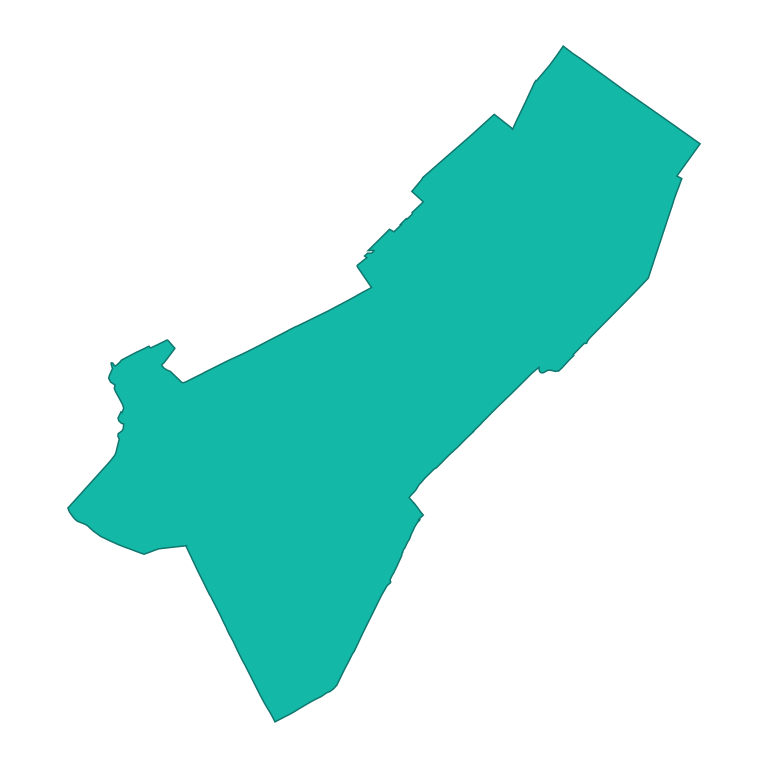 outline of Slobozia, Arges, Romania
{"feature_id": "2599482B25877220238739", "entity_name": "Slobozia", "entity_type": "district", "adm_level": 2, "iso_a3": "ROU", "parent_name": "Romania", "parent_adm1": "Arges", "projection": "orthographic", "projection_center": [25.198, 44.51], "detail": "fine", "context": "isolated", "style": "filled", "palette": "teal", "viewbox_px": 768, "rotation_deg": 0, "n_neighbors": 0, "source": "geoboundaries", "source_scale": "gbopen_adm2", "svg_char_len": 5319}
<svg xmlns="http://www.w3.org/2000/svg" viewBox="0 0 768 768"><path d="M275.0,721.9L275.3,721.7L276.0,721.4L278.0,720.3L278.6,720.0L284.0,717.2L285.4,716.5L290.5,713.9L291.7,713.2L292.5,712.8L293.6,712.1L296.0,710.7L297.5,709.7L300.2,708.1L301.9,707.1L305.6,704.9L307.3,703.9L309.4,702.7L311.4,701.5L314.0,700.1L317.8,698.2L321.0,696.7L322.3,695.8L326.5,692.9L330.1,691.4L330.8,690.9L331.4,690.4L332.8,689.4L333.9,688.5L334.2,688.1L334.9,687.3L336.8,685.2L341.4,675.7L343.3,671.8L345.0,668.4L348.4,662.0L352.1,654.6L353.3,652.6L354.1,651.6L358.6,642.1L363.1,632.5L372.3,614.0L381.4,595.5L387.1,585.7L388.0,584.9L389.1,583.9L390.2,583.0L390.6,582.5L390.6,581.5L390.0,580.0L390.5,578.9L391.4,576.9L392.8,574.3L393.8,572.8L394.5,571.1L396.2,567.8L397.4,565.2L398.9,561.8L400.2,559.0L401.5,556.2L401.7,555.8L401.7,555.0L402.0,554.0L402.3,552.9L402.7,552.5L403.1,550.4L404.0,549.1L404.5,548.5L405.5,546.5L407.7,541.9L409.3,539.5L410.2,537.2L411.3,534.1L412.7,531.3L414.6,527.1L416.2,524.4L417.9,521.9L418.6,521.4L419.4,520.3L419.7,520.0L418.5,519.8L418.7,519.4L423.3,515.1L420.9,512.2L417.6,507.7L414.2,503.2L414.1,503.3L409.5,498.0L409.1,497.7L409.9,496.5L411.7,494.4L413.1,493.1L414.8,491.3L415.3,490.5L416.2,489.5L418.9,484.9L421.5,482.1L424.3,478.8L425.4,477.6L428.6,474.5L433.9,469.2L435.6,468.3L436.4,467.8L439.9,464.3L441.5,462.8L445.4,458.7L449.4,454.7L453.3,451.2L454.3,450.2L458.0,446.8L462.7,442.0L467.7,437.0L473.3,431.8L473.0,431.7L476.0,428.7L481.4,423.4L481.4,423.2L488.2,416.3L496.7,407.7L512.0,393.0L521.7,383.4L531.4,373.7L535.2,370.4L536.8,369.0L539.0,367.4L539.0,369.4L539.6,371.4L541.2,372.8L543.5,372.7L547.2,370.6L549.0,370.2L550.3,370.2L555.6,371.4L558.0,370.9L558.5,371.1L562.0,367.9L569.6,359.6L573.8,355.5L573.2,354.7L583.3,344.3L584.2,343.4L585.6,343.5L586.7,343.1L587.7,340.6L590.5,337.2L603.0,324.5L604.4,323.1L622.8,304.5L633.1,294.0L640.7,286.1L648.5,277.9L648.5,277.3L649.2,275.3L650.9,270.1L651.4,268.6L652.4,265.4L652.7,264.8L652.7,264.7L653.4,262.4L654.1,260.2L658.0,248.5L660.7,240.4L663.6,231.4L663.7,231.2L664.2,229.7L667.5,219.6L667.6,219.3L667.6,219.1L669.2,214.7L669.7,212.9L670.5,210.8L670.5,210.5L670.7,210.1L670.8,209.6L671.7,207.2L672.3,205.1L673.2,202.6L673.3,202.4L673.4,202.0L673.4,201.5L673.5,201.1L675.9,194.4L677.3,190.5L679.0,186.3L680.7,181.4L681.2,180.3L681.8,178.6L676.9,176.0L689.5,158.5L700.1,143.8L665.8,119.5L624.8,90.8L619.9,87.2L594.4,68.7L586.3,62.8L581.2,59.1L572.7,53.4L563.2,46.1L556.2,56.3L549.5,65.4L538.7,78.2L536.7,80.6L535.9,80.4L534.2,83.2L531.8,88.4L524.8,103.5L520.9,111.6L517.0,119.6L512.6,129.3L511.8,128.5L511.5,127.9L504.4,122.3L496.9,116.4L494.3,114.4L493.7,114.8L473.6,133.1L466.8,139.1L446.0,157.2L422.6,177.7L421.8,179.5L412.0,191.2L411.8,191.4L419.1,198.0L423.3,201.8L419.6,205.4L415.0,209.8L412.0,212.6L412.2,213.0L412.4,213.9L411.7,214.7L407.0,219.2L406.3,218.6L404.4,220.4L402.9,221.9L400.4,224.6L401.2,224.8L401.0,225.0L394.0,231.8L389.5,229.3L383.4,235.4L371.2,247.5L368.1,250.6L373.8,250.4L374.1,250.8L371.5,253.3L370.3,253.2L367.8,253.1L364.5,256.0L366.9,257.7L366.6,257.8L365.0,259.2L364.6,259.4L357.3,265.3L357.1,265.7L357.2,266.1L357.3,266.7L371.5,287.5L361.9,292.7L351.6,298.5L327.1,311.5L318.2,315.8L297.5,326.0L295.8,326.6L290.2,329.4L286.4,331.5L269.7,340.1L260.2,345.1L245.7,352.4L238.1,356.0L232.0,358.8L227.9,360.7L226.3,361.5L210.0,369.7L205.2,372.0L203.2,373.2L202.0,373.8L193.5,378.0L186.4,381.6L183.9,382.6L183.2,382.7L181.9,382.5L170.2,371.3L167.3,370.2L164.2,368.3L162.0,365.8L161.9,365.3L162.0,364.7L162.5,364.1L164.0,362.7L166.2,360.0L170.0,354.9L171.7,352.7L174.9,348.3L168.1,340.5L167.4,340.1L167.0,340.0L163.0,342.0L158.5,344.2L150.8,347.9L150.3,347.7L148.9,346.2L144.4,348.5L136.1,352.4L121.6,360.0L119.6,362.4L117.1,364.8L115.5,365.8L114.8,365.8L114.3,365.5L112.8,363.1L111.3,362.8L111.1,364.0L112.5,368.5L110.9,372.1L109.2,376.0L108.7,378.3L110.6,382.1L115.0,385.0L114.3,388.4L115.4,391.3L119.0,397.8L122.5,404.4L123.7,408.1L122.9,410.4L122.0,412.7L121.0,411.9L118.0,418.1L118.8,420.8L121.5,423.4L123.7,423.9L123.2,428.8L121.9,431.0L118.2,433.6L117.9,436.1L119.2,439.0L119.1,439.6L116.7,449.3L116.6,450.0L115.6,453.6L114.7,455.3L113.8,456.5L111.3,459.8L109.3,462.2L88.1,485.7L84.8,489.3L81.8,492.7L72.9,502.5L67.9,508.0L69.2,511.4L69.6,512.0L69.9,512.6L72.1,515.7L72.5,516.3L74.5,518.8L76.1,520.2L76.6,520.6L77.5,521.3L78.3,521.6L84.2,523.9L85.1,524.3L85.9,524.7L86.4,525.0L86.7,525.1L87.5,525.7L88.3,526.4L88.7,526.8L89.6,527.7L91.2,529.1L93.1,530.8L93.6,531.3L94.0,531.5L94.3,531.8L95.6,532.7L99.7,535.7L100.6,536.3L100.9,536.5L101.5,536.8L109.4,540.6L114.5,542.9L117.4,544.2L118.8,544.8L123.6,546.7L124.6,547.1L125.4,547.4L126.3,547.7L128.0,548.3L129.2,548.7L133.6,550.4L134.7,550.8L138.4,552.2L139.4,552.6L144.1,554.2L146.2,553.4L146.5,553.3L148.0,552.8L148.3,552.7L152.5,551.1L155.7,549.9L158.7,548.9L159.0,548.8L162.4,548.4L168.8,547.7L171.0,547.4L180.3,546.4L186.0,545.8L185.9,545.9L192.2,559.2L198.5,572.5L200.2,575.8L200.4,576.3L201.3,578.0L205.2,585.9L206.7,589.0L207.3,590.1L207.8,591.1L209.5,594.6L211.0,596.9L212.6,600.3L214.6,604.0L216.3,607.4L220.4,615.5L222.8,620.7L226.4,627.9L227.5,630.6L229.2,634.1L233.1,641.2L237.5,650.6L241.9,659.5L245.4,665.9L249.9,674.8L260.5,695.8L264.7,703.6L267.6,708.5L270.8,713.8L272.7,717.4L275.0,721.9Z" fill="#14b8a6" stroke="#0f766e" stroke-width="1.5"/></svg>